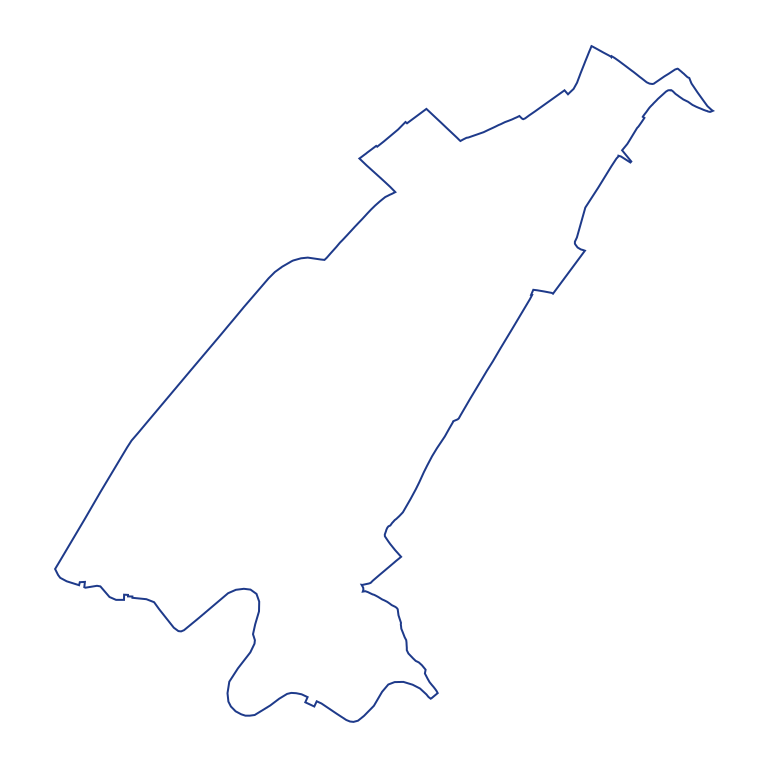 Dobroesti, Ilfov, Romania (Mercator projection)
{"feature_id": "2599482B22060634534240", "entity_name": "Dobroesti", "entity_type": "district", "adm_level": 2, "iso_a3": "ROU", "parent_name": "Romania", "parent_adm1": "Ilfov", "projection": "mercator", "projection_center": [26.199, 44.47], "detail": "fine", "context": "isolated", "style": "outline", "palette": "blue", "viewbox_px": 768, "rotation_deg": 0, "n_neighbors": 0, "source": "geoboundaries", "source_scale": "gbopen_adm2", "svg_char_len": 5228}
<svg xmlns="http://www.w3.org/2000/svg" viewBox="0 0 768 768"><path d="M689.3,78.0L689.1,77.9L687.5,77.2L687.1,76.8L687.0,76.7L686.5,76.3L685.8,75.6L684.7,74.6L683.7,73.6L682.5,72.7L681.8,72.0L680.6,71.0L679.5,70.1L678.1,68.9L677.4,68.7L677.2,68.8L676.3,69.1L675.1,69.5L668.6,73.8L664.5,76.3L662.6,77.6L657.4,81.2L656.8,81.6L654.6,83.1L653.8,83.7L652.3,84.0L649.5,83.6L646.7,82.3L641.5,78.2L640.0,77.1L636.0,73.9L633.2,71.7L632.2,71.0L622.1,63.4L618.9,61.0L614.5,57.9L611.6,56.2L611.3,57.0L611.1,56.7L610.9,56.6L608.4,55.2L603.3,52.5L597.2,49.1L592.4,46.5L591.5,46.1L590.3,49.1L589.3,51.4L587.3,56.4L585.3,61.3L584.1,64.4L580.6,73.2L579.0,77.5L578.8,78.0L577.7,80.9L577.3,82.0L577.1,82.6L576.2,84.2L573.6,88.9L571.5,90.9L569.3,93.0L568.0,94.3L564.5,90.3L564.0,90.7L534.7,111.6L529.3,115.3L525.1,118.4L523.2,119.2L522.3,118.8L521.0,117.6L519.4,116.0L516.8,117.3L515.6,117.8L514.7,118.2L511.9,119.5L508.3,120.9L505.0,122.1L500.9,124.1L498.5,125.1L495.5,126.6L493.2,127.7L488.4,129.9L483.6,132.2L480.7,133.2L477.0,134.5L471.8,136.3L468.4,137.5L466.5,137.8L463.3,139.4L460.4,141.0L459.0,139.7L457.3,138.0L447.1,128.4L440.7,122.3L437.8,119.6L429.6,111.9L426.4,108.9L407.0,123.3L405.5,122.0L398.1,129.5L383.9,141.4L377.2,146.7L376.2,145.9L367.1,152.7L365.9,153.7L364.5,154.7L361.2,157.2L359.4,158.5L366.7,165.5L382.0,179.3L390.2,186.9L395.3,192.1L391.8,193.9L389.7,194.8L387.6,195.9L385.3,197.0L382.3,199.4L379.5,201.7L375.2,205.5L371.0,209.6L367.5,213.3L361.9,219.4L359.0,222.4L354.9,226.7L351.8,230.1L344.2,238.3L342.4,240.2L340.0,242.6L338.4,244.5L336.4,246.9L330.2,253.8L326.9,257.6L326.4,258.1L324.9,259.5L324.5,259.9L320.8,259.5L307.8,257.6L301.0,258.3L293.2,260.5L291.7,261.2L282.2,266.7L274.9,272.0L268.6,278.3L256.5,292.4L244.0,306.9L236.8,315.6L228.5,325.5L220.5,335.1L190.5,370.6L145.7,423.9L138.0,433.1L131.6,440.5L127.2,447.3L117.8,463.0L100.5,491.9L84.5,519.5L59.9,561.0L55.1,569.0L58.1,575.0L60.2,577.8L66.7,581.3L79.1,585.2L79.8,582.2L84.9,581.9L84.3,587.2L85.4,587.7L97.0,585.8L100.4,586.4L109.5,597.0L116.1,599.9L124.0,599.9L124.1,594.7L128.0,594.9L128.0,596.4L132.4,596.5L132.4,597.8L146.4,599.2L154.1,602.2L159.3,609.4L173.8,627.7L178.4,631.1L181.1,631.4L184.0,630.2L198.1,618.6L228.1,593.2L235.9,589.8L243.9,588.8L250.5,589.6L256.5,593.9L259.2,601.6L259.0,611.4L255.2,624.3L253.0,634.2L254.9,640.2L254.5,643.7L250.3,652.4L237.9,668.4L229.3,681.7L227.5,693.2L228.4,701.6L230.9,706.5L235.6,711.3L241.2,714.3L245.5,715.7L249.5,715.7L254.7,715.0L270.2,705.5L279.2,698.7L287.1,693.9L291.3,692.9L296.2,693.2L301.6,694.3L307.6,697.1L305.3,702.3L314.3,706.5L316.7,701.3L321.5,703.5L336.8,713.8L346.3,720.0L350.0,721.5L353.5,721.9L358.0,720.7L364.1,715.8L373.9,705.8L382.1,691.8L388.3,684.5L394.6,682.1L403.4,681.9L412.6,684.7L420.0,688.5L426.4,694.4L428.5,697.0L430.7,698.7L431.8,698.0L434.8,695.5L437.7,693.1L436.5,690.9L435.3,689.2L433.6,687.0L431.8,684.9L429.6,682.2L427.6,678.7L424.9,673.5L425.6,669.7L421.9,665.2L418.8,662.4L415.7,660.9L413.1,658.4L408.4,653.5L406.8,650.2L406.8,647.7L406.6,644.8L406.5,642.5L406.2,640.1L404.7,637.3L402.6,631.9L401.3,628.7L401.1,626.6L400.8,624.4L401.0,622.9L398.5,615.3L397.7,609.2L396.6,607.8L395.2,606.8L391.7,605.1L389.6,603.5L387.3,601.9L384.4,600.4L382.3,599.5L378.1,596.9L375.3,595.4L373.8,594.7L372.6,594.4L370.1,593.2L367.9,592.1L365.3,591.2L362.8,591.6L363.4,589.6L363.2,587.7L361.6,584.8L362.5,584.9L366.1,584.1L368.5,583.6L368.9,583.5L370.6,582.9L372.9,580.6L379.9,574.6L383.6,571.5L391.4,564.9L396.2,560.8L399.2,558.4L401.1,556.8L399.4,554.9L395.1,550.1L390.2,544.0L388.4,541.5L386.5,538.7L384.9,536.3L384.8,534.5L386.0,531.1L386.4,529.7L387.4,527.6L388.5,526.3L390.3,525.5L391.1,524.4L392.1,523.0L393.5,521.5L394.7,520.1L396.2,519.0L399.3,516.1L402.9,512.3L405.6,507.6L406.7,505.7L410.5,499.1L415.9,489.1L419.3,482.2L423.8,472.3L427.1,465.7L432.1,456.2L436.9,448.3L444.8,436.5L449.5,428.1L452.8,422.4L453.0,422.0L453.0,421.8L453.2,421.6L453.2,421.4L453.3,421.2L457.6,419.4L458.8,418.4L459.2,417.7L460.7,415.0L470.3,398.5L482.0,379.0L486.7,371.1L492.7,361.6L500.5,348.3L513.1,327.4L529.9,299.2L532.1,295.0L531.1,294.9L533.3,289.8L537.3,290.3L543.8,291.4L551.7,292.9L552.0,293.0L553.0,293.7L584.9,250.7L582.9,250.0L580.8,249.4L577.6,247.5L575.8,245.1L575.0,243.9L574.9,243.6L574.9,242.7L574.9,241.7L576.9,237.5L584.9,209.1L585.3,207.6L598.2,187.7L611.3,166.4L616.4,158.6L617.4,157.5L618.2,156.7L618.4,155.7L621.0,156.5L630.4,162.5L631.3,161.5L622.1,150.3L627.3,144.0L628.3,142.4L629.6,140.3L633.0,134.7L636.9,128.3L637.6,127.4L638.2,126.9L639.0,125.8L641.6,122.1L644.4,117.9L642.8,116.8L643.1,116.3L643.8,115.3L644.7,114.1L646.1,112.3L646.9,111.2L648.9,108.4L649.8,107.3L651.2,105.8L651.8,105.2L652.2,104.8L652.6,104.5L652.8,104.2L653.5,103.4L654.0,102.9L655.4,101.5L656.4,100.5L657.9,98.9L662.8,94.5L664.1,93.3L666.1,91.5L668.2,90.3L669.6,90.2L670.6,90.4L671.0,90.1L672.1,90.7L673.1,91.5L673.9,92.3L675.5,93.9L678.2,95.8L678.8,96.3L682.4,98.8L683.2,99.4L688.1,101.8L690.9,103.8L692.6,105.0L693.5,105.4L696.3,106.8L698.9,107.9L700.7,108.6L703.7,109.9L706.2,110.8L707.4,111.1L708.0,111.5L709.1,111.7L710.0,111.9L710.5,111.8L712.9,110.8L711.8,110.1L707.4,106.1L704.2,101.7L697.5,92.4L691.5,83.5L690.4,80.8L689.3,78.0Z" fill="none" stroke="#1e3a8a" stroke-width="2"/></svg>